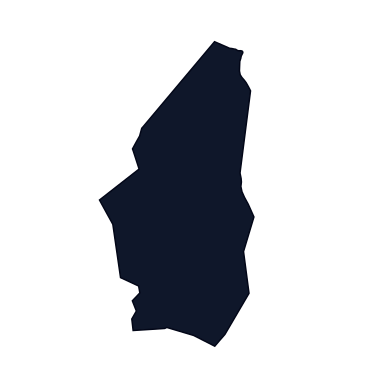 the district of San Buenaventura, Francisco Morazán, Honduras, rotated 18°
{"feature_id": "27666195B50330868714175", "entity_name": "San Buenaventura", "entity_type": "district", "adm_level": 2, "iso_a3": "HND", "parent_name": "Honduras", "parent_adm1": "Francisco Morazán", "projection": "albers", "projection_center": [-87.184, 13.903], "detail": "fine", "context": "isolated", "style": "filled", "palette": "ink", "viewbox_px": 384, "rotation_deg": 18, "n_neighbors": 0, "source": "geoboundaries", "source_scale": "gbopen_adm2", "svg_char_len": 1397}
<svg xmlns="http://www.w3.org/2000/svg" viewBox="0 0 384 384"><g transform="rotate(18 192 192)"><path d="M167.0,42.1L125.1,145.6L124.5,146.9L124.9,154.9L124.1,158.8L123.3,162.9L122.1,169.4L123.5,171.2L134.6,186.5L106.5,228.2L118.4,239.4L124.6,245.2L126.7,247.2L150.5,295.5L170.3,297.9L173.6,304.1L168.9,313.9L175.9,322.4L174.0,331.4L178.8,341.9L200.5,333.3L208.2,330.2L209.9,328.6L237.9,327.9L261.3,331.6L264.1,324.8L267.3,317.3L277.4,271.3L277.5,270.7L259.4,232.7L258.6,196.6L255.0,192.6L249.4,186.4L243.5,180.8L240.0,176.9L239.5,176.4L236.8,171.7L235.9,167.2L234.5,163.9L231.8,159.1L216.4,77.7L213.3,74.6L209.8,71.4L207.3,69.6L204.0,67.6L201.6,65.6L199.7,62.2L198.2,56.9L197.1,53.0L197.1,49.9L196.8,47.5L197.3,44.0L197.3,43.9L197.2,43.8L197.2,43.7L197.1,43.4L197.0,43.2L196.9,43.1L196.8,42.9L196.7,42.8L196.6,42.7L196.4,42.6L196.2,42.5L195.9,42.5L195.6,42.5L195.4,42.5L195.2,42.5L194.9,42.6L194.7,42.6L194.4,42.7L194.2,42.7L194.1,42.8L193.9,42.9L193.7,42.9L193.6,43.0L193.4,43.0L193.2,43.1L192.9,43.2L192.7,43.2L192.4,43.3L192.2,43.3L191.9,43.3L191.6,43.3L191.4,43.2L191.2,43.2L190.9,43.2L190.7,43.2L190.4,43.1L190.2,43.0L190.0,42.9L189.9,42.9L189.7,42.8L189.4,42.8L189.0,42.8L188.5,42.9L187.9,43.0L187.3,43.1L187.0,43.1L186.7,43.1L186.2,43.2L185.7,43.2L185.5,43.3L185.3,43.3L185.1,43.3L184.9,43.4L184.3,43.5L183.5,43.7L167.0,42.1Z" fill="#0f172a" stroke="#020617" stroke-width="1.5"/></g></svg>